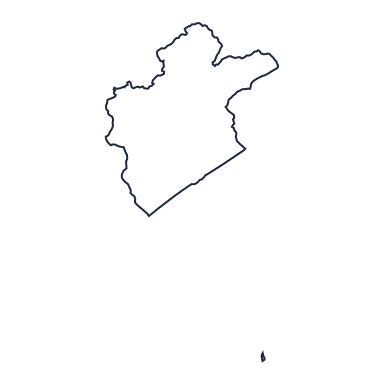 Itanhaém, São Paulo, Brazil (Natural Earth projection)
{"feature_id": "56859067B46019102018390", "entity_name": "Itanhaém", "entity_type": "district", "adm_level": 2, "iso_a3": "BRA", "parent_name": "Brazil", "parent_adm1": "São Paulo", "projection": "natural_earth1", "projection_center": [-46.824, -24.214], "detail": "fine", "context": "isolated", "style": "outline", "palette": "slate", "viewbox_px": 384, "rotation_deg": 0, "n_neighbors": 0, "source": "geoboundaries", "source_scale": "gbopen_adm2", "svg_char_len": 3683}
<svg xmlns="http://www.w3.org/2000/svg" viewBox="0 0 384 384"><path d="M276.3,61.5L274.9,60.1L274.0,58.6L272.5,56.9L270.9,55.5L269.4,53.8L267.4,53.7L265.5,54.1L263.4,54.3L261.0,53.3L259.4,50.9L257.8,50.3L256.7,51.4L254.5,51.6L253.1,53.0L251.2,54.6L249.2,55.5L246.5,55.5L245.4,56.7L243.5,57.8L241.4,58.4L239.9,57.1L237.6,57.4L235.1,58.0L232.4,57.1L230.6,56.2L228.0,56.5L226.5,57.4L224.6,58.1L221.8,59.6L220.9,61.4L219.6,62.8L218.0,64.6L216.1,64.5L214.9,66.0L213.0,64.6L212.6,62.4L214.7,60.9L215.7,58.4L216.6,56.0L217.4,54.4L218.9,52.5L219.7,50.5L220.6,48.2L222.1,46.0L221.3,44.1L219.7,42.7L218.5,41.6L218.2,39.7L217.1,37.6L214.6,37.4L213.4,36.2L212.3,34.8L212.3,32.6L211.6,30.5L209.5,29.8L207.8,28.1L206.7,26.0L204.4,25.2L202.5,26.0L201.4,24.7L200.1,23.6L198.6,23.0L196.6,23.4L194.8,24.3L191.8,24.4L190.1,26.2L188.5,26.2L184.7,28.9L185.6,31.3L187.1,33.2L185.8,34.9L183.1,34.5L181.5,34.3L179.6,36.0L178.7,37.9L176.4,38.1L174.6,39.7L173.2,42.1L171.0,44.2L167.5,45.7L165.7,47.7L163.9,48.6L161.6,48.2L157.7,50.8L156.9,52.5L157.5,56.0L159.2,58.4L160.1,60.6L161.6,61.5L163.5,60.7L163.4,63.3L163.9,66.4L162.1,69.2L162.1,71.0L164.1,71.7L164.0,73.7L162.1,74.9L160.1,75.6L157.8,75.4L155.8,77.1L152.9,80.3L152.1,82.9L153.6,83.9L151.8,85.8L149.6,86.4L148.1,88.6L146.1,88.6L144.0,88.1L142.8,86.4L141.1,87.1L139.4,87.5L138.1,86.6L136.4,87.0L135.0,87.7L133.2,88.3L131.7,87.1L130.9,84.3L130.4,82.5L129.3,81.5L127.2,82.7L127.7,85.0L125.3,85.8L124.5,87.3L122.8,87.0L120.9,88.0L118.7,88.5L116.4,88.8L114.4,87.7L113.6,89.5L115.0,90.6L113.9,92.0L114.3,94.0L115.7,95.0L114.9,96.8L113.0,97.6L111.2,98.5L109.0,99.2L107.5,99.9L107.0,103.3L106.1,105.3L106.0,107.9L106.8,109.8L108.1,111.0L108.1,113.5L109.3,115.0L112.0,116.6L112.8,118.0L113.0,120.2L112.6,123.0L112.9,124.7L112.7,127.0L111.4,129.7L109.9,131.9L109.1,133.7L108.4,135.3L105.8,136.7L106.0,139.0L107.2,141.3L108.9,143.5L110.7,145.2L112.7,144.4L114.5,144.5L116.2,145.0L117.9,146.0L119.9,146.6L121.4,147.0L123.6,147.1L124.9,150.6L125.7,152.7L126.9,154.7L127.2,157.5L127.1,159.3L126.1,161.2L126.2,163.7L126.4,166.6L126.5,168.4L125.1,169.5L123.5,170.8L122.6,172.8L121.8,174.8L121.9,177.8L123.2,179.8L124.8,181.6L126.4,182.9L128.2,184.4L129.1,186.8L130.2,188.8L130.8,190.8L130.6,193.1L132.6,195.1L134.5,196.5L135.2,199.2L134.9,202.1L136.3,204.1L139.1,206.6L141.4,208.5L143.6,210.4L145.0,211.7L147.2,213.5L148.9,216.0L151.4,214.1L152.6,213.1L154.5,211.6L156.8,209.6L159.3,207.6L161.3,206.2L162.6,205.1L164.0,204.1L165.3,203.0L167.2,201.7L168.5,200.6L170.0,199.4L171.7,198.2L174.0,196.4L176.8,194.3L178.9,192.9L180.2,191.9L182.2,190.5L184.1,189.2L186.0,187.9L188.9,185.8L191.7,184.1L193.7,184.2L195.3,183.9L197.1,182.7L198.5,181.4L199.6,180.0L201.4,179.5L202.8,178.4L204.0,177.2L205.6,175.1L207.5,174.2L209.8,172.7L212.6,170.9L214.9,169.5L216.6,168.3L218.2,167.4L220.4,165.9L222.3,164.7L224.2,163.5L225.5,162.6L227.2,161.4L229.2,160.1L231.1,158.8L233.2,157.5L236.2,155.4L239.4,153.2L242.2,151.4L244.0,150.1L245.3,148.8L243.7,147.4L239.8,143.9L237.0,141.0L236.2,138.3L235.8,136.4L236.3,134.7L236.2,132.4L234.4,130.4L233.8,128.0L231.9,126.9L232.8,125.1L234.4,123.7L233.7,121.8L233.0,119.3L234.3,117.7L233.7,114.7L231.6,113.3L229.4,111.7L227.8,110.1L226.6,108.2L225.6,106.9L227.3,105.3L228.2,102.4L228.5,100.2L229.5,98.9L231.0,97.9L232.3,96.4L233.4,95.3L235.2,94.1L237.1,91.9L240.2,90.5L241.7,89.5L243.1,89.2L245.9,89.0L248.1,88.6L250.0,88.9L250.7,86.6L251.0,84.2L252.0,82.4L253.7,80.8L256.1,79.2L259.6,77.3L261.7,76.3L264.0,75.5L265.8,74.8L269.1,73.0L272.1,71.0L277.1,68.2L278.2,66.3L276.3,61.5ZM264.6,359.5L264.4,357.6L263.3,356.0L262.7,353.1L261.8,354.8L261.7,357.3L262.2,359.2L262.5,361.0L264.6,359.5Z" fill="none" stroke="#1e293b" stroke-width="2"/></svg>